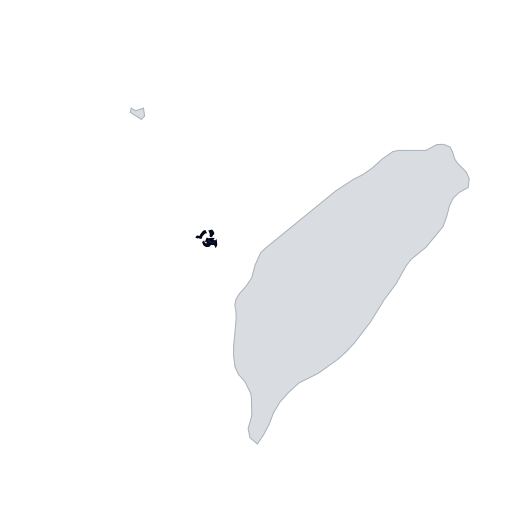 location of Penghu within Taiwan, rotated 22°
{"feature_id": "TWN-3414", "entity_name": "Penghu", "entity_type": "County", "adm_level": 1, "iso_a3": "TWN", "parent_name": "Taiwan", "parent_adm1": "", "projection": "orthographic", "projection_center": [119.557, 23.598], "detail": "fine", "context": "in_parent", "style": "filled", "palette": "ink", "viewbox_px": 512, "rotation_deg": 22, "n_neighbors": 0, "source": "natural_earth", "source_scale": "10m", "svg_char_len": 1949}
<svg xmlns="http://www.w3.org/2000/svg" viewBox="0 0 512 512"><g transform="rotate(22 256 256)"><path d="M343.3,357.7L337.5,369.9L332.8,382.8L331.0,394.9L331.2,407.4L330.0,418.7L327.7,429.8L318.4,426.7L313.3,418.8L312.0,405.7L305.2,389.9L302.6,385.4L292.8,376.6L284.0,372.3L277.1,365.8L278.0,366.3L272.9,357.5L269.1,348.2L261.1,321.6L258.3,315.2L254.7,309.3L253.6,303.5L254.8,297.1L258.2,287.4L260.2,277.7L258.5,264.5L259.1,251.4L261.6,245.6L305.6,165.7L317.5,148.6L324.8,140.2L330.9,130.8L336.6,118.9L343.7,108.0L348.8,104.6L374.0,94.5L381.7,85.1L388.0,82.2L395.2,82.2L399.9,86.6L404.1,91.8L408.4,94.6L419.7,99.5L424.7,104.4L427.1,112.9L420.4,121.2L417.1,128.6L416.6,136.7L418.0,147.6L418.4,158.6L410.2,184.5L401.2,200.7L398.9,208.7L396.4,228.6L391.2,248.7L386.9,274.0L379.7,300.1L375.5,311.1L370.3,321.6L357.7,341.4L343.3,357.7ZM96.3,161.1L100.3,168.0L98.6,172.3L85.6,169.9L84.9,165.7L89.8,166.5L96.3,161.1Z" fill="#d9dde1" stroke="#a8b0b8" stroke-width="1"/><path d="M213.2,256.6L214.9,259.8L215.3,261.2L215.1,262.3L214.4,261.6L213.5,261.0L212.5,260.8L211.1,261.6L210.0,261.7L209.5,262.0L209.3,262.5L208.9,264.0L208.6,264.4L206.9,265.4L205.2,265.6L203.5,265.0L201.7,263.2L202.2,262.3L203.1,263.5L204.6,263.8L206.1,263.3L207.4,262.3L206.5,262.0L205.8,261.6L205.3,261.0L204.8,260.2L204.6,260.5L204.1,260.9L204.0,259.4L204.1,258.0L204.8,258.0L205.5,258.2L208.2,256.5L209.9,255.9L209.4,257.5L209.2,258.0L210.7,257.6L211.8,257.7L212.6,257.6L213.2,256.6ZM197.0,256.6L198.1,252.9L199.3,251.8L200.8,253.1L199.9,253.6L199.2,254.9L198.2,258.0L198.2,258.8L198.5,259.5L198.3,260.0L197.3,260.2L196.5,260.2L195.9,260.3L195.4,260.5L195.0,260.9L193.7,260.9L193.9,260.1L194.3,259.7L195.0,259.5L195.9,259.4L196.7,259.1L196.9,258.4L197.0,256.6ZM206.0,254.1L205.7,252.9L205.0,251.8L203.4,250.3L205.4,248.8L206.6,249.4L207.8,250.4L208.3,251.5L207.4,252.3L207.7,253.6L207.2,254.4L206.4,254.7L206.0,254.1Z" fill="#0f172a" stroke="#020617" stroke-width="1.5"/></g></svg>